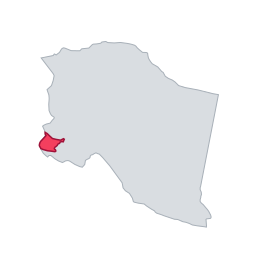 location of Yumbe within Uganda, rotated 281°
{"feature_id": "UGA-3086", "entity_name": "Yumbe", "entity_type": "District", "adm_level": 1, "iso_a3": "UGA", "parent_name": "Uganda", "parent_adm1": "", "projection": "robinson", "projection_center": [31.315, 3.455], "detail": "fine", "context": "in_parent", "style": "filled", "palette": "rose", "viewbox_px": 256, "rotation_deg": 281, "n_neighbors": 0, "source": "natural_earth", "source_scale": "10m", "svg_char_len": 2667}
<svg xmlns="http://www.w3.org/2000/svg" viewBox="0 0 256 256"><g transform="rotate(281 128 128)"><path d="M178.0,210.4L174.7,210.4L169.2,210.4L163.8,210.4L158.3,210.4L152.9,210.4L147.5,210.4L142.0,210.4L136.6,210.4L131.1,210.4L125.7,210.4L120.2,210.4L114.8,210.4L109.4,210.4L103.9,210.4L98.5,210.4L93.0,210.4L87.6,210.4L84.4,210.4L83.7,210.3L83.3,210.2L81.2,210.6L79.1,212.1L76.8,212.8L74.4,212.5L74.1,212.7L72.9,212.6L71.1,212.5L69.5,212.9L68.3,214.3L67.1,216.5L64.9,219.2L63.1,221.5L61.6,223.1L58.2,225.8L56.4,226.6L55.5,226.5L54.9,226.0L53.8,222.5L53.2,222.0L46.6,223.8L45.6,223.8L45.7,222.7L45.2,214.6L45.1,209.6L46.0,206.4L46.5,202.8L46.5,199.6L47.7,194.2L47.3,191.0L48.8,179.6L49.2,177.8L49.9,172.3L50.8,170.6L51.7,169.9L52.8,166.5L55.0,161.1L56.5,158.4L56.2,152.3L56.4,148.2L56.8,147.3L60.0,145.7L64.1,141.9L65.9,137.4L68.3,134.6L73.1,132.7L87.4,117.3L94.0,109.0L96.9,104.8L97.0,103.3L97.5,101.3L96.4,99.7L95.0,98.3L94.5,97.0L93.3,96.3L91.6,96.3L90.5,95.4L89.2,93.5L88.0,92.4L83.9,92.5L80.8,90.6L80.9,88.0L82.1,82.8L84.4,77.0L84.6,75.4L84.2,74.0L83.7,72.8L82.6,71.6L81.6,70.2L82.4,66.0L83.9,61.9L85.1,59.8L86.3,57.5L85.9,55.6L84.2,54.7L85.1,52.8L87.0,49.7L90.6,46.5L93.8,44.4L95.9,44.4L100.1,46.1L103.8,48.1L105.9,48.2L108.4,47.4L113.5,43.8L114.8,45.0L116.3,47.1L117.9,50.6L121.2,52.2L122.8,53.3L123.9,53.7L124.5,53.4L125.7,50.6L127.2,49.1L130.0,47.2L136.1,45.7L140.4,45.2L142.3,44.9L145.4,44.0L150.2,41.2L155.0,44.8L160.2,45.5L165.3,45.5L166.8,44.4L167.7,43.5L173.0,37.5L180.2,29.4L184.9,40.8L186.6,41.5L186.4,42.5L186.0,43.5L189.1,46.3L192.9,47.7L194.3,49.1L194.4,50.7L193.1,57.4L193.4,59.3L194.6,66.0L196.9,67.5L199.0,74.3L203.1,77.1L203.7,78.0L204.6,81.3L205.9,84.8L206.8,85.7L207.4,85.9L208.7,89.7L208.0,91.8L208.9,98.4L210.5,104.2L210.9,111.1L210.9,114.2L210.8,116.1L210.5,118.7L209.8,120.2L208.5,121.7L207.0,124.1L205.7,126.6L205.0,127.8L205.6,131.5L205.4,132.5L205.1,133.0L203.2,133.6L200.8,134.6L199.4,135.6L197.4,137.5L195.7,139.5L193.6,145.6L189.9,150.3L189.3,151.9L185.9,154.7L184.4,158.2L183.5,162.4L182.1,165.5L179.3,169.6L178.6,176.3L178.7,189.5L177.9,204.5L178.0,210.4Z" fill="#d9dde1" stroke="#a8b0b8" stroke-width="1"/><path d="M105.2,48.9L105.5,48.6L105.9,48.1L106.4,47.8L107.9,47.5L107.1,49.8L105.5,52.2L103.3,55.8L103.1,59.4L103.2,64.1L105.2,66.7L104.8,67.6L102.1,67.1L102.0,65.6L101.3,64.1L100.5,63.9L99.8,63.7L99.4,62.9L98.8,62.3L97.3,61.8L96.0,60.8L95.4,60.1L94.5,59.7L93.8,59.6L93.1,60.0L92.9,60.8L92.3,61.3L91.4,61.5L90.8,60.8L90.6,56.9L90.3,53.2L90.7,48.6L91.2,46.3L91.5,46.2L92.3,45.5L93.5,44.5L94.3,44.2L95.7,44.2L97.0,44.4L98.2,44.8L100.7,46.4L104.6,48.8L105.2,48.9Z" fill="#f43f5e" stroke="#9f1239" stroke-width="1.5"/></g></svg>